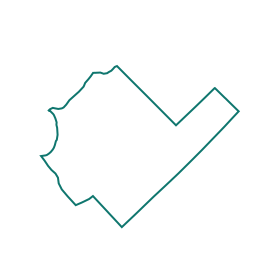 the Municipality of Ajdabiya, rotated 316°
{"feature_id": "LBY-2983", "entity_name": "Ajdabiya", "entity_type": "Municipality", "adm_level": 1, "iso_a3": "LBY", "parent_name": "Libya", "parent_adm1": "", "projection": "orthographic", "projection_center": [21.402, 29.135], "detail": "fine", "context": "isolated", "style": "outline", "palette": "teal", "viewbox_px": 256, "rotation_deg": 316, "n_neighbors": 0, "source": "natural_earth", "source_scale": "10m", "svg_char_len": 1252}
<svg xmlns="http://www.w3.org/2000/svg" viewBox="0 0 256 256"><g transform="rotate(316 128 128)"><path d="M218.2,159.6L218.3,162.1L218.6,173.3L218.7,174.5L218.8,179.3L219.1,190.1L219.2,192.9L209.3,193.4L198.9,194.0L182.3,194.6L165.8,195.2L149.2,195.5L132.6,195.7L115.7,195.5L98.7,195.2L86.3,195.2L73.9,195.2L64.3,195.1L54.7,195.0L55.5,152.6L50.8,152.1L42.9,149.5L36.8,147.2L37.1,135.3L37.7,126.2L39.7,119.7L43.1,115.1L44.2,110.4L43.8,105.1L44.2,99.7L45.3,93.6L46.0,87.8L49.9,90.6L51.1,91.1L53.5,91.5L55.9,91.6L58.5,91.3L60.0,91.0L61.2,90.6L63.5,89.5L66.6,87.6L67.1,87.3L68.4,87.1L68.9,86.8L72.6,84.0L77.2,78.6L78.4,76.5L79.1,75.6L80.1,74.8L80.6,74.3L82.4,70.7L83.7,67.2L83.9,65.8L83.8,61.7L83.6,61.5L83.9,61.4L83.9,61.1L83.8,60.9L83.5,60.6L83.4,60.3L84.9,60.3L87.9,61.3L89.1,63.1L91.1,65.9L94.0,67.9L95.9,68.5L99.8,68.3L105.1,67.3L115.6,67.7L117.8,67.8L124.8,67.4L126.5,66.7L128.5,65.8L133.4,65.4L137.2,64.9L141.2,64.1L143.3,66.0L146.6,68.9L148.2,72.1L151.1,74.1L153.0,74.4L155.8,75.2L158.5,75.1L160.7,74.9L160.8,74.9L161.4,75.1L162.0,75.3L162.5,75.6L163.1,75.8L163.4,96.7L163.8,117.6L164.1,138.5L164.4,159.4L177.7,159.5L191.1,159.6L204.4,159.6L217.7,159.5L217.9,159.5L218.2,159.6L218.2,159.6Z" fill="none" stroke="#0f766e" stroke-width="2"/></g></svg>